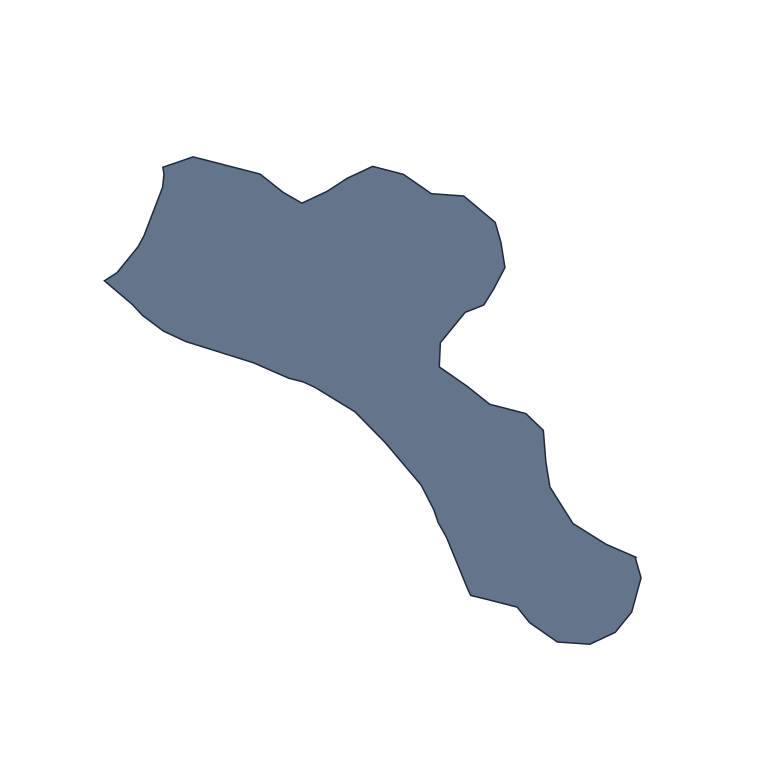 Hyangsan, P'yŏngan-bukto, North Korea, rotated 194°
{"feature_id": "82179303B99713456197263", "entity_name": "Hyangsan", "entity_type": "district", "adm_level": 2, "iso_a3": "PRK", "parent_name": "North Korea", "parent_adm1": "P'yŏngan-bukto", "projection": "mercator", "projection_center": [126.169, 40.033], "detail": "fine", "context": "isolated", "style": "filled", "palette": "slate", "viewbox_px": 768, "rotation_deg": 194, "n_neighbors": 0, "source": "geoboundaries", "source_scale": "gbopen_adm2", "svg_char_len": 909}
<svg xmlns="http://www.w3.org/2000/svg" viewBox="0 0 768 768"><g transform="rotate(194 384 384)"><path d="M248.7,199.8L232.7,199.9L200.8,199.7L185.1,187.7L153.4,175.6L121.3,181.3L99.6,198.9L88.5,222.6L88.1,240.4L87.7,258.1L98.0,276.0L97.5,276.8L129.8,282.2L166.8,294.3L198.1,324.2L208.2,347.9L218.2,377.6L239.2,389.6L276.5,389.9L302.8,401.9L334.5,414.0L339.3,437.7L322.6,473.1L306.3,484.8L300.6,502.5L294.8,526.2L304.9,549.9L315.2,567.7L352.1,585.7L384.1,580.1L415.8,592.1L447.7,592.4L469.4,574.8L485.8,557.2L507.5,539.6L528.6,545.7L555.0,557.7L592.3,558.0L624.2,558.2L651.0,540.8L648.3,534.4L646.4,521.4L652.8,469.4L655.9,457.6L670.0,427.4L680.3,416.5L647.3,400.2L634.7,392.0L610.7,381.9L586.2,377.2L516.0,373.0L477.5,366.5L463.0,366.5L450.3,364.1L405.5,350.0L368.8,327.5L323.5,294.9L305.4,274.2L297.7,262.4L286.4,250.5L253.8,206.1L248.7,199.8Z" fill="#64748b" stroke="#1e293b" stroke-width="1.5"/></g></svg>